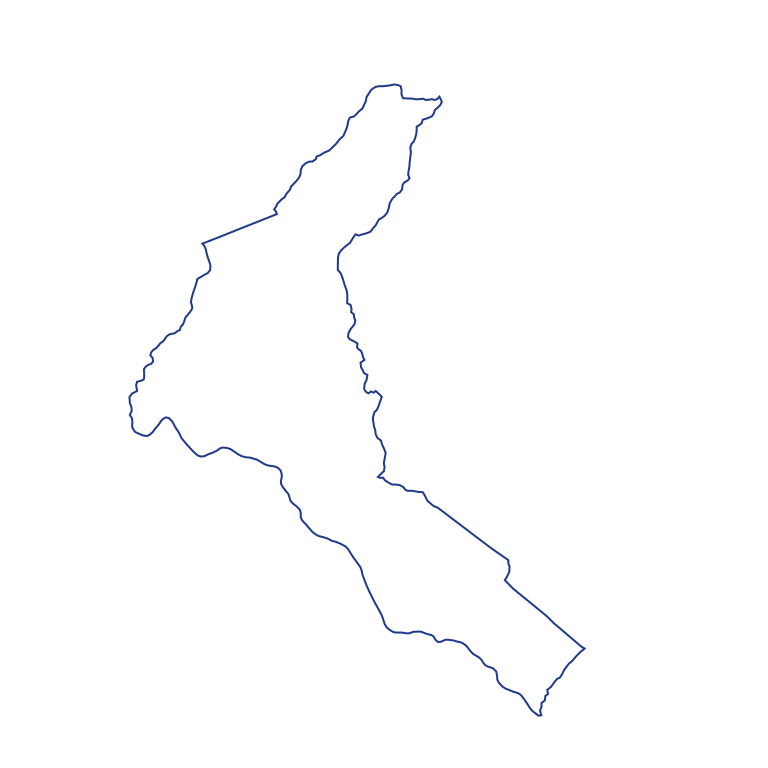 Araçatuba, São Paulo, Brazil, rotated 191°
{"feature_id": "56859067B55105103100347", "entity_name": "Araçatuba", "entity_type": "district", "adm_level": 2, "iso_a3": "BRA", "parent_name": "Brazil", "parent_adm1": "São Paulo", "projection": "orthographic", "projection_center": [-50.576, -21.143], "detail": "fine", "context": "isolated", "style": "outline", "palette": "blue", "viewbox_px": 768, "rotation_deg": 191, "n_neighbors": 0, "source": "geoboundaries", "source_scale": "gbopen_adm2", "svg_char_len": 5379}
<svg xmlns="http://www.w3.org/2000/svg" viewBox="0 0 768 768"><g transform="rotate(191 384 384)"><path d="M618.7,289.3L615.0,288.4L610.8,287.5L606.8,287.7L604.4,289.4L601.9,292.6L599.9,296.9L597.1,301.8L595.9,305.0L594.2,307.6L591.8,309.6L588.7,309.6L584.5,306.7L580.3,301.4L576.1,297.2L572.6,292.4L566.0,286.9L563.3,285.0L559.2,281.9L555.7,279.7L552.8,278.2L549.7,277.9L546.5,278.9L542.6,281.8L539.3,283.7L535.4,286.6L532.6,289.6L530.0,290.9L525.8,291.3L521.9,290.7L513.6,287.1L509.8,286.0L505.7,285.7L501.1,286.2L497.9,285.8L494.1,285.5L489.1,283.6L486.3,282.6L482.3,281.9L475.8,282.2L472.4,281.6L469.0,279.4L467.1,275.8L466.6,272.8L466.7,269.1L466.0,266.4L463.8,263.6L459.7,260.0L456.8,257.7L455.2,254.7L453.4,251.3L450.6,249.3L446.1,247.0L442.8,244.7L441.3,242.1L440.2,237.2L438.2,234.4L436.1,232.9L433.9,231.4L431.8,229.6L426.2,225.2L422.5,223.4L419.1,222.3L413.6,222.0L410.2,221.6L407.4,220.8L404.7,220.0L401.1,219.9L396.2,218.9L390.5,217.1L387.5,214.8L384.9,212.0L381.4,208.3L372.3,199.8L370.6,197.1L368.6,192.5L362.8,183.1L358.5,177.0L351.2,167.5L344.0,159.0L342.3,156.8L340.8,154.4L337.4,148.3L334.7,145.5L331.6,143.8L327.7,142.3L325.1,142.3L319.2,143.4L314.5,143.5L311.7,144.1L307.7,146.4L301.8,147.8L299.0,147.7L296.1,147.1L292.6,146.7L289.9,146.7L287.2,145.7L284.8,142.8L282.1,141.2L279.5,141.5L275.2,144.5L272.7,145.2L266.4,145.5L263.2,145.1L260.5,145.2L257.4,144.7L253.3,142.8L248.3,138.4L245.0,136.0L239.0,133.9L236.0,132.1L233.4,129.3L230.9,127.3L228.4,126.5L223.0,125.8L219.1,123.4L217.3,119.1L216.4,115.5L214.2,112.6L210.3,109.8L206.6,108.2L198.4,106.6L193.3,106.1L190.1,104.7L186.1,101.1L181.7,96.8L179.7,94.5L175.9,91.3L169.1,87.9L166.4,88.8L168.5,93.2L167.8,97.2L168.5,100.9L165.7,104.3L166.1,108.6L163.8,111.0L165.4,114.9L162.4,118.4L159.9,123.7L157.8,127.6L155.4,129.2L153.8,133.2L152.5,137.9L149.0,145.0L146.6,147.8L143.4,153.4L140.2,158.3L136.6,162.6L140.6,164.1L160.9,175.6L171.7,181.6L179.8,187.1L217.8,207.5L228.0,214.5L226.5,218.3L225.2,223.6L225.9,228.8L227.7,231.5L228.3,234.8L247.5,243.3L268.3,253.5L307.8,272.9L311.9,273.6L316.1,275.9L318.8,277.4L320.6,279.5L322.5,282.1L325.3,285.2L330.0,284.6L334.3,284.6L337.7,284.3L340.4,283.6L343.2,284.5L345.3,286.5L349.4,287.7L353.3,287.6L356.7,286.8L360.6,288.0L364.5,289.5L367.2,291.9L369.7,291.1L372.2,291.6L369.8,295.2L367.4,298.6L367.6,302.6L369.1,306.3L369.1,312.0L369.2,316.5L371.6,320.5L374.5,324.5L376.1,327.8L380.2,329.9L382.5,332.9L383.9,337.2L385.7,340.3L386.7,343.4L388.0,346.6L388.5,349.2L387.9,354.9L386.1,357.1L385.1,361.5L384.5,365.8L383.7,371.0L386.9,373.2L390.8,375.6L392.4,373.6L395.4,374.1L397.6,371.8L400.8,373.2L402.6,375.6L403.0,380.5L401.9,384.6L402.0,389.7L405.5,390.8L409.8,396.3L411.1,400.5L407.8,403.9L409.4,405.9L411.3,409.7L412.9,412.1L415.4,413.1L417.5,414.9L417.8,418.7L421.6,420.2L426.2,421.4L428.3,423.4L428.6,427.0L427.3,431.5L424.4,436.9L424.3,440.9L426.1,443.7L426.8,446.6L430.0,448.3L430.1,451.3L431.9,455.2L435.6,456.3L436.3,460.7L437.0,464.4L438.5,468.7L441.5,473.6L442.9,476.4L444.3,479.0L446.2,482.3L447.9,484.7L451.1,487.1L452.2,493.0L453.3,499.4L453.2,503.1L451.8,506.6L449.1,510.6L444.3,516.1L443.0,519.6L441.8,522.7L440.6,525.5L436.9,524.9L434.4,526.5L430.6,528.2L426.5,530.8L424.4,535.0L422.5,538.0L421.4,541.5L420.3,544.7L417.6,546.9L415.7,548.9L413.5,552.9L412.9,557.8L412.9,562.2L412.1,565.0L411.0,567.8L409.1,570.5L407.8,573.0L405.2,574.8L403.4,578.4L403.7,583.1L402.6,585.8L399.6,588.1L398.2,591.0L400.2,593.9L400.5,597.3L400.5,601.5L401.1,606.5L401.5,612.1L401.8,616.8L403.3,620.9L402.9,624.7L401.1,627.6L400.5,630.6L400.0,635.0L400.4,639.6L401.0,642.9L398.6,645.0L396.8,647.1L396.4,650.9L393.6,652.3L391.1,653.8L388.0,656.0L386.7,659.3L386.3,662.7L384.3,665.3L382.2,668.1L381.0,671.9L382.6,674.3L384.5,676.6L386.1,673.9L388.5,672.5L391.4,672.7L393.9,671.7L397.3,670.8L400.2,671.5L403.2,670.5L406.6,669.6L411.4,669.5L415.1,668.8L419.8,668.2L422.2,671.8L422.8,675.7L424.4,679.4L426.9,680.1L431.2,680.0L435.5,678.1L439.0,677.0L442.3,676.0L445.5,675.5L449.4,673.8L452.7,670.3L454.0,667.1L455.9,662.3L455.8,658.1L456.9,653.8L457.8,650.2L460.7,646.8L462.3,644.0L464.5,640.9L468.3,639.1L469.2,635.6L469.2,632.9L469.3,629.6L469.8,626.2L471.2,619.7L474.1,616.1L476.7,610.9L479.8,606.4L482.4,602.7L486.6,599.9L490.5,596.3L493.5,594.6L493.9,591.5L496.7,588.7L499.7,588.1L502.7,586.0L505.6,582.4L506.6,578.1L506.0,574.7L506.4,571.4L508.1,567.7L510.3,564.1L512.9,560.2L513.4,556.7L515.0,554.0L516.3,551.6L517.0,548.8L519.7,545.7L522.9,541.0L524.0,537.0L525.2,534.5L523.0,532.7L521.6,530.3L558.0,507.0L566.2,501.7L569.1,499.8L571.3,498.4L589.1,487.1L586.8,485.3L584.8,482.5L583.0,478.4L581.4,475.1L579.4,471.8L577.0,467.3L576.4,462.7L578.2,459.3L580.8,457.2L583.2,455.1L585.3,453.1L587.3,451.4L587.4,447.8L587.8,444.4L588.5,439.2L589.0,435.2L589.2,431.5L589.2,427.7L587.5,424.2L586.6,421.6L588.1,417.7L590.0,414.2L591.6,411.4L592.1,407.3L592.7,404.2L594.4,401.5L594.7,398.0L596.8,396.6L598.9,394.0L603.7,392.0L606.2,389.7L607.5,387.1L608.9,383.7L611.5,381.2L613.0,378.1L614.8,375.4L617.1,373.4L618.5,370.7L618.9,367.7L616.0,365.3L614.9,361.9L616.6,359.2L619.0,357.9L621.0,355.9L622.5,352.8L621.6,349.2L620.8,345.4L620.7,342.5L623.2,340.8L626.8,339.1L627.1,335.4L625.0,330.1L629.6,326.4L631.4,322.6L629.8,316.7L627.5,313.1L626.5,309.3L627.6,305.2L624.7,302.1L623.7,298.4L623.1,294.0L620.8,290.8L618.7,289.3Z" fill="none" stroke="#1e3a8a" stroke-width="2"/></g></svg>